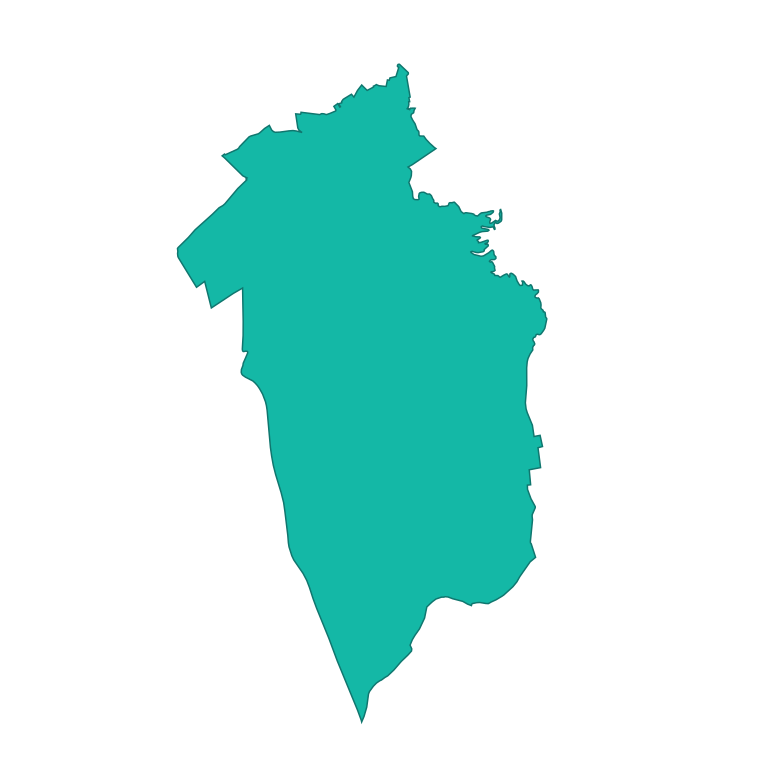 Al Khalifa, Al Qahirah, Egypt (orthographic projection), rotated 60°
{"feature_id": "37247803B15392203431980", "entity_name": "Al Khalifa", "entity_type": "district", "adm_level": 2, "iso_a3": "EGY", "parent_name": "Egypt", "parent_adm1": "Al Qahirah", "projection": "orthographic", "projection_center": [31.287, 30.01], "detail": "fine", "context": "isolated", "style": "filled", "palette": "teal", "viewbox_px": 768, "rotation_deg": 60, "n_neighbors": 0, "source": "geoboundaries", "source_scale": "gbopen_adm2", "svg_char_len": 6170}
<svg xmlns="http://www.w3.org/2000/svg" viewBox="0 0 768 768"><g transform="rotate(60 384 384)"><path d="M126.5,207.3L115.0,210.7L114.6,211.0L114.3,212.0L114.7,212.9L115.5,213.5L116.4,213.4L117.1,212.8L123.7,219.9L121.9,225.8L123.6,227.6L122.4,229.0L127.4,233.4L123.2,239.2L120.8,241.0L121.0,241.8L120.8,244.3L121.6,244.6L121.3,251.8L113.9,253.8L116.5,260.1L120.5,266.6L116.8,267.3L117.0,275.6L117.1,277.1L118.2,279.5L119.3,280.0L118.7,283.1L122.1,283.1L122.1,283.8L118.0,283.9L118.5,288.6L122.7,288.6L123.4,289.4L122.6,295.7L122.0,298.8L121.6,299.5L120.0,300.9L118.8,302.6L118.6,303.3L118.6,304.9L107.2,320.0L108.5,321.0L108.6,321.5L105.9,325.4L119.1,330.6L121.8,330.7L125.2,329.2L121.1,333.4L119.0,336.1L117.2,339.9L113.7,348.4L111.6,352.4L110.2,353.5L107.9,354.3L102.7,354.0L103.0,359.7L104.3,365.7L104.5,367.6L102.6,375.5L102.5,377.3L106.2,390.3L107.1,391.9L107.4,393.5L106.1,406.9L105.1,407.2L105.5,410.1L108.2,409.1L133.1,402.2L137.1,399.6L137.4,401.0L138.6,400.8L141.6,412.9L148.4,431.7L148.9,434.3L148.9,438.7L151.2,447.7L156.0,470.5L159.3,480.2L162.9,494.1L163.4,495.1L166.0,496.2L167.9,497.6L170.4,498.7L171.7,498.9L206.5,498.0L205.5,488.0L231.8,495.5L230.2,469.1L230.2,458.5L259.3,474.6L271.6,481.8L283.0,489.3L284.6,489.9L285.4,489.7L285.8,489.2L286.4,487.3L287.4,486.1L288.0,486.0L289.1,486.7L295.6,495.5L297.5,497.0L300.1,500.2L302.5,501.8L304.1,502.2L305.7,502.0L308.9,500.5L315.7,496.1L318.4,495.2L322.1,494.4L325.9,494.1L332.1,494.2L340.1,495.5L344.1,496.7L348.4,498.4L382.2,514.1L390.1,517.3L399.0,520.5L408.2,523.1L426.7,527.4L436.5,530.2L445.2,533.7L467.0,543.0L473.7,546.2L477.6,547.7L486.6,549.7L491.3,550.1L507.5,548.8L515.5,549.1L523.0,550.3L534.2,552.7L544.6,554.5L576.7,558.9L600.3,562.9L653.3,570.0L663.7,571.8L665.5,572.3L661.9,567.5L655.2,560.5L644.7,552.4L643.1,550.4L640.4,544.3L639.2,540.0L638.9,536.0L639.1,534.2L638.6,529.9L638.6,526.7L636.6,518.4L632.9,507.8L630.6,498.5L629.0,493.7L627.3,492.4L623.2,492.0L619.6,487.3L617.1,482.8L613.8,475.7L607.0,465.9L598.5,458.4L597.3,453.5L596.7,450.7L596.2,446.5L597.3,440.9L598.6,438.5L598.7,437.5L600.5,435.0L604.3,431.9L611.6,424.5L616.4,421.7L619.6,419.1L618.6,418.1L618.3,417.4L619.7,413.1L621.1,410.3L625.2,405.3L626.4,403.3L626.4,400.1L626.9,394.8L626.8,388.0L626.6,385.6L624.0,373.7L621.8,367.9L618.7,362.7L611.1,346.4L609.9,339.4L596.9,336.6L595.9,336.4L594.9,336.6L593.6,336.0L575.9,323.3L572.9,322.0L571.3,321.0L566.8,314.9L565.7,314.3L556.9,314.1L547.0,312.4L543.3,310.4L544.6,307.4L530.9,301.1L534.7,290.2L516.2,282.5L517.4,278.0L506.5,274.5L504.5,280.3L493.9,276.1L480.5,274.3L476.6,273.4L471.0,271.0L456.8,261.2L441.4,252.4L436.4,248.9L433.9,246.5L431.0,242.4L428.9,238.1L426.8,237.1L425.6,235.4L425.4,234.3L424.7,233.4L422.5,233.0L421.2,233.2L419.6,232.8L418.5,231.0L418.9,230.0L418.5,228.9L417.4,227.6L417.4,226.9L417.8,225.9L418.7,225.2L419.2,224.4L419.1,222.8L417.4,219.0L416.1,216.8L409.2,210.6L408.5,210.3L407.0,210.6L402.8,208.8L401.9,208.9L401.2,209.9L399.7,209.4L397.5,210.2L396.4,210.1L394.1,208.5L392.0,207.6L387.8,207.0L386.5,207.4L386.2,208.4L385.2,209.3L384.3,209.7L383.8,209.6L382.9,208.8L382.5,207.9L382.3,206.2L381.6,204.3L380.1,203.4L379.6,203.4L377.4,207.5L376.4,207.8L373.8,207.1L372.0,207.0L371.3,207.6L371.6,209.3L370.8,210.3L368.7,211.3L365.3,211.6L364.3,212.1L363.9,213.1L365.3,213.1L367.5,214.6L367.6,215.0L366.7,216.9L365.0,217.2L361.2,217.2L356.7,216.3L353.6,217.2L351.9,218.2L351.5,219.0L351.6,219.9L354.0,221.5L354.1,221.9L353.4,222.2L350.9,222.2L350.1,222.6L349.8,223.4L349.6,225.9L349.7,229.8L349.3,230.3L347.1,231.1L345.4,233.8L344.0,233.5L342.0,235.0L340.8,235.5L340.4,235.0L341.2,233.4L341.3,231.8L341.1,231.0L338.8,230.3L337.5,229.4L333.2,229.2L332.0,229.5L331.6,230.9L330.6,231.4L330.3,231.2L330.0,230.3L330.0,228.8L331.4,226.3L331.4,225.1L331.1,224.2L329.7,223.5L327.9,224.0L326.8,223.9L323.9,222.7L322.8,222.9L322.3,223.1L322.0,224.1L322.7,227.7L322.8,233.8L321.9,236.1L316.8,241.4L313.6,242.9L313.0,242.8L313.1,241.4L316.1,238.5L317.3,236.8L319.0,232.1L318.8,230.6L317.7,230.0L316.5,224.7L315.7,224.2L314.8,224.3L314.1,225.9L313.7,226.3L313.1,226.4L312.8,226.0L313.3,225.1L313.2,223.5L312.5,222.3L311.7,222.0L311.1,222.6L309.8,229.3L308.9,231.5L307.9,231.0L306.3,231.5L305.8,231.3L305.8,228.2L305.3,227.3L304.5,227.5L302.5,230.7L300.0,233.3L299.7,233.1L300.5,225.1L301.1,222.8L303.5,217.7L303.4,216.3L302.6,216.2L301.9,216.8L298.2,221.2L297.2,221.5L296.3,221.0L296.4,219.7L297.6,218.7L301.3,214.1L302.3,211.4L302.7,210.9L305.3,211.1L305.4,210.5L304.3,209.9L302.2,209.6L300.9,209.0L300.0,207.2L299.8,206.7L301.5,205.9L301.9,204.5L301.7,201.9L301.5,201.0L300.7,200.0L294.9,196.6L291.2,195.7L291.1,196.1L291.9,196.9L292.9,197.2L294.4,199.1L297.8,200.2L298.9,201.2L299.7,202.5L299.9,203.7L299.5,204.7L298.1,205.6L298.4,210.0L298.3,211.0L297.9,211.8L296.5,211.5L294.9,209.5L294.3,209.3L293.1,209.5L290.4,211.7L289.7,212.0L289.3,211.8L289.1,210.7L290.4,206.9L289.9,203.7L289.0,202.7L288.5,202.9L287.5,205.2L287.4,206.4L286.9,207.5L286.8,208.7L284.6,213.9L284.5,215.1L285.3,219.0L283.8,220.7L282.3,221.4L281.8,221.3L280.2,222.8L276.7,227.3L276.3,228.3L276.4,229.6L273.3,231.0L267.7,230.6L261.8,232.1L261.2,233.3L261.2,234.1L259.9,236.3L259.9,237.2L261.1,238.6L261.5,239.2L261.5,239.7L260.6,242.4L259.0,245.1L258.6,246.7L258.1,247.3L256.7,247.9L255.0,247.0L254.3,247.2L253.8,247.6L253.4,248.9L251.3,250.0L250.2,249.2L249.1,249.0L247.9,249.2L244.7,248.8L243.0,249.2L242.3,249.5L241.2,251.5L238.1,253.4L237.6,254.0L236.7,255.8L236.4,257.4L236.6,258.2L238.8,260.2L241.3,261.1L241.5,261.4L241.4,262.4L239.7,265.1L238.2,265.9L235.9,265.3L231.6,263.2L221.9,261.7L218.6,257.5L217.0,256.0L213.6,253.8L210.9,253.7L208.1,254.7L208.2,249.9L206.1,221.3L204.4,222.1L198.5,224.0L193.4,225.2L189.2,225.6L187.2,228.9L185.9,229.2L183.2,227.8L182.2,227.7L180.3,228.2L174.2,227.0L170.0,227.2L166.5,227.0L165.5,226.8L164.1,225.4L163.9,222.7L162.0,221.1L160.8,219.1L160.3,219.7L158.4,223.2L159.2,224.6L158.3,225.3L158.0,224.8L157.7,225.0L158.0,225.7L157.2,226.3L156.7,225.2L155.6,223.8L154.3,222.7L151.9,221.5L152.3,220.6L148.5,219.3L148.6,217.9L128.7,210.6L128.2,209.9L127.9,208.4L127.5,207.8L126.5,207.3Z" fill="#14b8a6" stroke="#0f766e" stroke-width="1.5"/></g></svg>